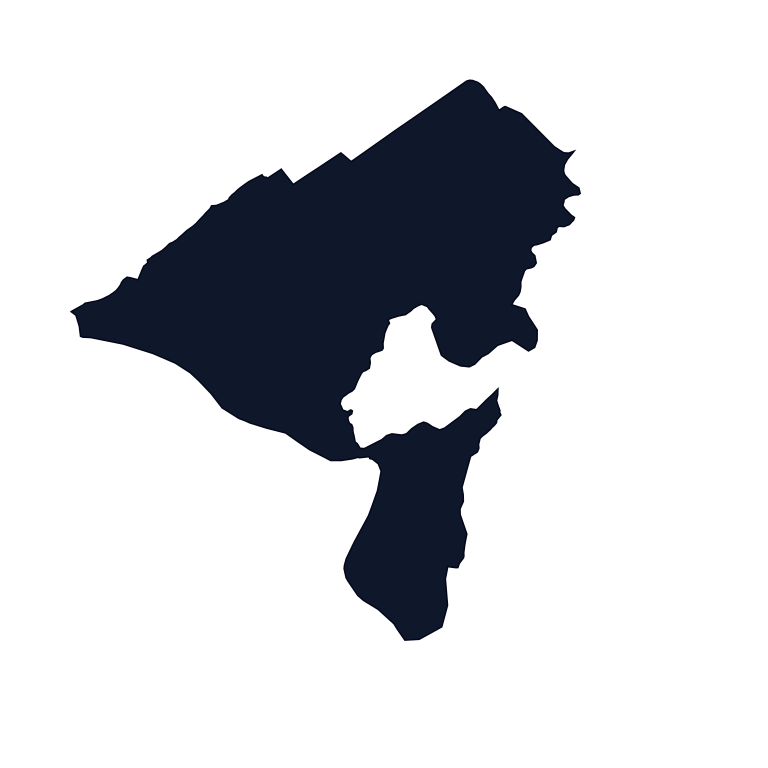 the district of Bangui, Bangui, Central African Republic, rotated 68°
{"feature_id": "33826404B58165985423079", "entity_name": "Bangui", "entity_type": "district", "adm_level": 2, "iso_a3": "CAF", "parent_name": "Central African Republic", "parent_adm1": "Bangui", "projection": "natural_earth1", "projection_center": [18.572, 4.378], "detail": "fine", "context": "isolated", "style": "filled", "palette": "ink", "viewbox_px": 768, "rotation_deg": 68, "n_neighbors": 0, "source": "geoboundaries", "source_scale": "gbopen_adm2", "svg_char_len": 4694}
<svg xmlns="http://www.w3.org/2000/svg" viewBox="0 0 768 768"><g transform="rotate(68 384 384)"><path d="M580.6,481.4L590.7,473.9L610.0,464.6L616.4,463.5L629.3,460.6L633.9,447.0L630.8,421.4L613.0,408.0L587.7,400.1L582.2,396.5L577.2,393.3L580.8,387.0L581.4,385.7L581.9,384.3L578.6,381.4L575.0,375.5L573.7,374.5L573.5,374.4L570.2,373.2L562.6,368.9L554.1,363.4L533.6,362.3L528.3,360.3L527.7,359.7L522.6,354.4L516.2,352.0L509.2,350.5L484.5,331.6L483.5,330.8L482.0,322.9L479.1,320.1L475.3,318.9L473.3,317.4L470.4,315.3L469.0,311.9L467.9,307.6L465.7,301.8L465.0,300.8L464.1,298.3L463.2,296.3L462.0,294.2L459.7,293.0L458.5,290.8L456.5,287.2L455.1,287.3L453.3,287.3L452.3,286.5L450.9,286.5L449.9,286.3L448.0,286.4L441.5,285.9L437.1,282.8L431.2,280.2L432.2,282.6L434.3,287.4L437.0,294.6L441.1,304.3L442.5,307.7L442.0,308.8L439.4,313.1L439.7,318.7L442.8,325.9L447.6,344.3L447.4,349.6L441.8,355.1L436.9,358.4L434.2,361.5L434.2,367.6L435.8,374.9L438.6,381.8L438.0,386.6L433.2,395.3L432.8,400.8L434.8,406.8L435.2,411.5L436.5,426.5L434.6,430.3L429.3,431.1L427.1,432.5L420.6,431.2L416.9,430.7L415.9,430.4L412.6,429.2L409.5,429.2L407.8,430.7L405.1,430.8L402.4,430.4L400.5,429.2L399.6,425.1L397.1,423.4L395.6,424.5L396.1,428.5L394.3,430.1L393.0,431.9L386.0,432.2L382.5,429.7L380.6,426.7L379.8,423.1L379.0,420.3L378.6,416.3L377.3,413.2L371.1,407.2L365.7,401.0L364.6,399.1L364.6,395.6L363.8,391.7L359.2,388.8L354.4,387.4L352.1,384.5L351.4,379.8L351.7,376.7L351.8,373.1L350.6,371.4L345.9,369.7L337.7,364.6L337.3,364.4L333.9,361.2L331.2,358.5L329.8,356.2L326.9,356.1L325.8,355.7L325.8,352.0L326.4,344.9L327.4,339.6L327.7,338.1L326.3,332.0L324.8,328.3L324.1,322.9L324.1,319.2L328.5,314.7L331.2,314.1L336.1,312.3L340.0,311.1L343.0,311.1L343.8,311.1L346.4,316.8L349.6,318.6L378.8,320.0L381.8,318.2L387.1,314.9L392.4,309.7L395.9,306.2L400.0,298.5L399.6,292.4L395.5,283.2L395.2,279.8L394.8,276.0L394.1,274.0L390.7,264.4L390.6,264.1L390.7,263.8L390.8,261.9L390.8,261.6L391.1,254.8L391.4,248.9L407.5,237.6L406.5,230.6L400.9,225.7L391.3,221.7L375.4,224.8L367.3,225.1L358.3,235.9L355.1,231.9L352.1,226.1L349.4,223.3L345.3,220.8L340.5,218.9L337.9,216.8L331.7,211.3L330.5,208.8L331.4,203.5L331.1,200.9L328.8,197.5L321.5,196.1L317.7,197.8L315.0,198.0L312.6,196.4L311.4,193.2L312.1,190.0L312.6,183.5L312.5,175.9L308.9,173.1L307.5,167.4L303.7,164.8L303.4,162.4L305.5,158.2L305.6,152.5L302.9,146.6L301.0,145.0L300.1,145.6L297.5,147.3L289.4,150.6L285.4,151.3L282.3,148.9L280.3,147.7L279.3,142.4L279.9,136.9L281.4,133.0L280.8,130.8L280.8,130.7L275.3,129.9L268.7,134.3L265.2,135.6L259.1,137.7L256.8,138.2L253.2,137.5L248.3,134.6L248.2,134.5L244.3,129.6L240.9,123.3L239.3,120.5L239.1,126.2L237.0,130.7L233.3,133.4L227.7,137.3L223.6,139.0L222.7,139.4L185.0,155.2L172.2,167.6L172.1,167.9L172.2,169.8L173.0,173.1L173.2,174.9L172.4,175.0L165.1,175.7L158.5,177.0L154.2,178.6L149.1,179.9L146.1,180.5L141.8,182.5L139.2,184.3L136.6,187.3L135.8,188.1L134.4,190.9L134.1,194.2L134.3,195.1L134.6,196.2L137.8,210.1L144.0,237.5L149.2,260.7L153.4,279.6L160.0,307.5L162.1,316.5L165.5,331.1L157.1,335.5L153.6,337.4L154.8,343.4L159.3,365.3L160.8,373.0L162.8,382.8L165.0,393.4L152.0,397.2L146.3,398.8L146.4,399.0L149.6,414.9L148.2,415.6L147.7,416.9L146.9,417.8L146.6,418.1L146.4,418.3L144.3,418.7L145.7,433.4L146.9,438.6L148.5,444.8L149.5,447.7L150.8,450.8L151.7,454.0L153.4,457.6L154.9,459.0L155.7,463.9L155.7,472.5L154.2,477.1L156.4,479.8L158.8,485.4L160.5,488.7L162.5,493.3L164.7,497.8L165.0,498.6L166.3,502.4L166.7,504.2L167.3,506.8L168.0,509.6L170.2,515.5L171.0,518.0L171.4,519.1L171.8,520.0L172.6,521.8L173.5,526.8L173.5,530.1L175.8,535.8L177.2,540.1L178.0,545.3L178.5,548.9L178.8,551.1L179.2,551.9L179.6,552.6L179.9,554.2L180.4,557.0L182.0,557.4L183.3,557.6L183.5,558.6L184.1,560.5L184.5,561.6L184.7,562.6L185.5,563.4L188.1,566.1L195.2,573.0L190.0,580.1L189.5,581.1L188.7,582.2L189.9,586.7L191.9,589.8L192.9,590.4L195.7,594.7L197.3,597.9L199.1,605.5L199.7,613.8L199.5,618.6L197.1,631.1L197.9,633.0L199.6,646.6L199.7,647.0L204.8,643.9L210.8,644.4L216.4,644.9L226.1,647.5L227.7,645.8L231.2,638.3L249.2,610.9L269.2,586.7L286.5,569.6L301.0,559.4L311.7,554.4L328.1,547.9L345.5,543.0L361.6,531.4L366.2,526.4L369.7,523.1L373.7,518.2L380.9,509.4L392.5,493.6L406.3,484.7L417.0,477.6L430.6,465.8L435.0,462.1L438.7,452.9L439.0,452.1L439.0,451.9L441.5,441.5L441.7,440.2L442.2,435.4L443.1,434.7L445.8,425.1L447.9,425.1L449.2,423.0L453.0,420.8L455.9,419.2L463.8,419.3L470.9,423.8L480.5,430.0L481.3,430.7L493.2,441.2L500.0,447.4L500.4,447.9L500.9,448.4L519.8,471.2L531.8,484.4L537.3,488.6L540.4,490.2L549.3,491.7L552.7,491.3L557.0,490.4L570.3,487.5L576.5,484.3L576.8,484.2L577.0,484.0L580.6,481.4Z" fill="#0f172a" stroke="#020617" stroke-width="1.5"/></g></svg>